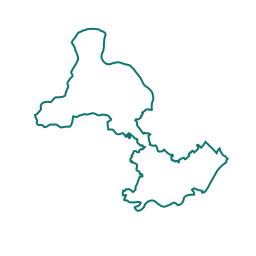 outline of Tu Nghia, Quảng Ngãi, Vietnam, rotated 41°
{"feature_id": "81297802B55656475848083", "entity_name": "Tu Nghia", "entity_type": "district", "adm_level": 2, "iso_a3": "VNM", "parent_name": "Vietnam", "parent_adm1": "Quảng Ngãi", "projection": "robinson", "projection_center": [108.775, 15.091], "detail": "fine", "context": "isolated", "style": "outline", "palette": "teal", "viewbox_px": 256, "rotation_deg": 41, "n_neighbors": 0, "source": "geoboundaries", "source_scale": "gbopen_adm2", "svg_char_len": 5914}
<svg xmlns="http://www.w3.org/2000/svg" viewBox="0 0 256 256"><g transform="rotate(41 128 128)"><path d="M83.3,164.9L83.0,162.6L82.5,161.0L79.0,155.1L81.4,153.8L82.2,153.2L82.6,152.6L83.1,150.5L83.5,149.8L84.7,148.4L85.8,146.3L86.8,145.5L87.9,145.0L88.7,144.3L91.4,140.2L92.3,139.5L92.8,139.2L97.1,138.0L98.0,137.4L100.1,134.4L104.2,131.9L105.1,131.8L107.7,132.1L109.5,132.4L109.8,133.1L108.7,136.9L108.7,137.2L111.7,140.0L114.2,142.1L117.2,139.4L118.0,139.2L122.1,139.9L123.7,139.8L124.4,139.5L125.8,138.0L127.3,135.3L128.7,135.2L130.1,135.5L131.7,136.1L132.2,136.1L132.3,136.0L132.4,135.3L131.7,134.9L131.4,134.5L131.5,134.2L131.8,134.0L133.4,134.3L134.8,134.8L135.7,134.7L135.9,134.1L135.7,133.8L135.1,133.0L134.4,132.5L132.3,132.4L132.0,132.3L131.9,131.7L132.2,131.3L132.5,131.2L136.3,131.1L140.3,131.3L141.5,130.6L142.2,130.5L142.7,130.6L143.9,132.4L144.4,132.7L145.0,132.9L146.4,132.9L148.7,133.2L149.0,133.0L149.6,132.0L150.0,131.7L150.6,131.7L150.9,132.1L151.3,132.3L151.8,132.2L153.1,131.3L153.2,132.1L153.0,134.6L152.7,134.9L152.0,135.2L151.7,135.6L151.4,136.0L151.2,137.0L151.3,137.5L152.1,139.1L151.5,139.7L150.7,140.2L149.1,140.3L148.4,140.7L148.1,140.9L147.7,141.9L147.8,142.4L148.7,144.2L148.8,145.1L148.6,146.0L148.8,146.5L149.2,146.8L149.8,146.8L150.1,150.0L150.8,150.4L151.6,151.6L151.8,151.6L152.0,151.5L152.6,150.6L153.1,150.7L153.5,151.4L153.9,151.5L154.9,150.5L157.9,149.8L158.9,150.0L159.3,150.1L160.0,151.0L161.5,153.8L162.2,154.2L162.8,154.2L163.7,153.7L165.0,153.5L165.4,153.6L167.2,155.0L167.7,155.2L167.9,155.1L168.4,153.9L168.7,153.8L169.9,154.3L170.3,154.6L170.5,154.9L170.3,155.6L168.9,157.5L170.7,162.1L171.4,163.7L172.2,166.9L172.7,168.0L174.1,169.5L174.0,171.3L174.1,172.3L173.8,172.9L173.4,173.1L171.2,173.1L168.9,173.4L168.5,173.8L168.1,174.6L166.9,175.1L166.6,176.1L166.8,177.4L166.8,177.6L165.4,178.6L166.2,179.2L167.1,181.1L168.1,182.0L168.7,182.1L169.0,181.9L170.1,180.2L170.6,180.0L172.0,184.3L172.2,184.7L172.7,184.7L175.0,183.3L177.5,183.1L178.1,182.9L181.1,180.5L182.5,179.0L183.7,177.5L184.6,176.8L186.1,176.0L186.8,176.4L187.1,177.4L187.1,178.9L186.7,180.4L185.2,182.9L185.1,183.5L185.5,183.7L187.9,184.4L189.2,184.3L190.3,183.5L190.9,182.7L191.5,181.3L192.0,177.9L192.0,177.5L191.1,175.1L191.0,173.3L191.2,170.9L191.5,170.2L192.7,168.0L193.3,167.2L194.2,166.5L196.3,165.7L199.8,165.6L203.5,165.2L204.6,165.0L206.7,163.9L207.2,163.5L207.8,162.6L209.6,159.1L211.4,154.4L211.7,154.1L213.3,153.5L216.1,153.6L217.2,152.3L217.7,151.3L218.0,149.6L217.9,147.9L217.3,146.1L216.6,145.0L216.0,143.5L216.2,141.4L216.6,140.5L217.3,139.4L219.4,136.9L221.7,134.8L219.7,133.2L218.5,132.9L217.1,132.9L216.8,132.7L217.2,130.6L217.5,130.2L218.3,129.8L221.4,128.8L225.5,126.7L226.4,128.1L227.7,126.6L227.9,125.9L228.0,125.1L227.7,123.7L227.7,121.9L226.2,115.6L223.3,101.2L223.4,96.8L223.7,93.6L224.4,91.1L224.3,90.5L224.6,89.5L224.6,89.1L224.2,89.0L223.7,88.1L223.4,87.3L223.4,85.8L222.0,85.8L219.8,85.5L218.0,86.1L217.1,86.1L213.6,85.1L212.0,84.3L211.1,83.5L210.5,83.3L210.4,85.3L210.9,87.6L211.4,88.8L204.6,88.1L201.2,88.0L195.6,87.6L196.2,93.1L196.2,94.8L193.0,94.7L191.9,94.8L191.5,95.0L191.5,95.8L193.6,96.6L194.3,97.0L194.5,97.7L194.3,101.1L194.1,102.9L191.8,102.6L191.6,102.8L191.5,103.2L191.6,105.1L191.1,105.2L191.0,107.9L192.3,108.5L192.0,113.0L191.6,114.2L191.5,114.3L189.7,113.8L189.2,114.5L188.5,115.7L187.8,117.7L187.5,119.0L187.6,119.3L188.5,119.9L188.9,120.5L188.5,120.9L187.0,120.6L186.3,120.8L185.7,122.3L184.5,122.0L183.7,123.1L182.6,123.0L181.9,123.4L181.6,123.3L180.8,122.1L179.7,121.6L180.1,119.8L180.1,119.5L179.4,119.1L178.5,119.2L177.7,120.4L177.2,120.7L176.0,120.7L175.1,120.9L172.3,120.9L171.3,120.9L169.6,120.5L169.3,120.8L169.4,122.4L169.2,123.1L168.8,123.6L167.5,124.7L166.6,125.7L165.7,125.8L164.9,125.4L163.4,124.2L161.6,123.3L160.2,123.1L159.7,123.4L159.3,124.3L158.7,124.9L155.5,126.3L155.0,126.0L154.9,125.1L154.2,124.6L153.3,124.4L152.7,124.0L148.6,120.6L148.9,118.2L146.4,118.9L144.9,120.4L143.3,120.9L143.2,121.2L143.4,122.0L143.2,122.1L141.8,122.0L136.4,120.6L133.7,120.2L133.1,120.0L132.5,119.4L131.6,118.2L130.9,117.8L130.2,117.5L128.4,117.4L128.3,116.3L128.5,116.0L130.0,114.9L130.2,114.6L130.5,113.6L130.9,111.0L130.8,110.8L129.9,110.4L130.0,109.1L129.8,107.5L129.6,107.2L128.7,107.2L128.6,106.9L128.6,106.6L129.1,105.4L129.4,104.3L129.5,102.1L130.5,101.3L131.3,100.4L132.6,99.9L133.7,99.1L134.1,98.5L132.7,97.4L131.9,96.4L130.1,94.0L129.4,92.8L128.5,90.1L127.6,88.9L123.8,85.8L122.4,85.2L120.7,84.8L118.2,84.5L112.5,85.0L109.6,84.2L106.4,82.7L104.3,82.0L93.2,79.8L88.6,79.5L87.7,79.8L82.9,82.3L80.0,83.4L77.6,84.7L76.7,85.6L74.5,88.4L73.6,89.7L73.1,91.0L71.5,92.6L70.3,93.5L69.3,93.8L66.6,94.0L65.3,93.7L62.7,92.8L62.0,92.4L60.3,90.3L59.3,88.4L58.9,86.4L56.7,82.7L54.1,79.6L51.6,76.1L50.8,74.6L50.1,72.7L49.5,72.0L48.4,71.4L47.6,71.3L46.0,71.6L44.2,72.4L41.5,72.7L40.3,73.4L36.6,76.0L32.8,79.7L32.2,80.6L31.5,82.0L30.1,84.0L29.1,86.5L28.3,88.0L28.0,89.0L28.0,90.0L28.2,91.4L28.7,93.0L28.8,94.4L28.9,98.0L29.4,100.4L31.8,101.1L35.3,102.3L37.6,104.1L41.1,105.7L43.5,107.2L44.5,108.0L45.2,108.8L45.6,109.6L46.5,112.9L47.5,119.1L48.2,122.4L48.8,123.4L49.5,123.9L51.4,124.4L52.0,125.2L52.2,126.5L52.0,127.5L51.9,128.8L52.5,133.2L53.0,134.1L54.1,134.9L55.4,135.5L55.7,135.8L56.0,136.5L57.9,142.5L58.7,143.4L59.1,144.4L59.2,145.3L58.4,147.0L56.4,149.5L55.1,150.8L54.2,151.4L53.1,152.7L52.8,154.0L52.8,159.1L52.5,159.4L50.5,160.6L48.6,162.6L47.4,164.4L47.0,166.1L47.2,167.4L47.8,168.8L48.6,169.7L49.7,170.5L50.0,171.1L50.1,171.7L50.2,172.8L50.1,177.4L49.9,178.4L49.3,179.2L50.3,179.8L51.2,180.6L54.3,181.8L54.8,182.3L55.7,184.0L56.2,184.4L56.8,184.6L57.6,184.7L58.8,184.3L60.3,182.8L61.5,182.1L62.1,182.0L64.0,182.3L64.5,182.1L65.1,181.4L65.6,180.5L67.0,176.5L67.5,175.8L68.9,175.1L70.5,173.3L71.7,172.4L73.2,172.1L75.8,171.9L77.0,171.6L77.5,171.2L78.4,169.9L80.7,167.3L82.9,165.5L83.3,164.9Z" fill="none" stroke="#0f766e" stroke-width="2"/></g></svg>